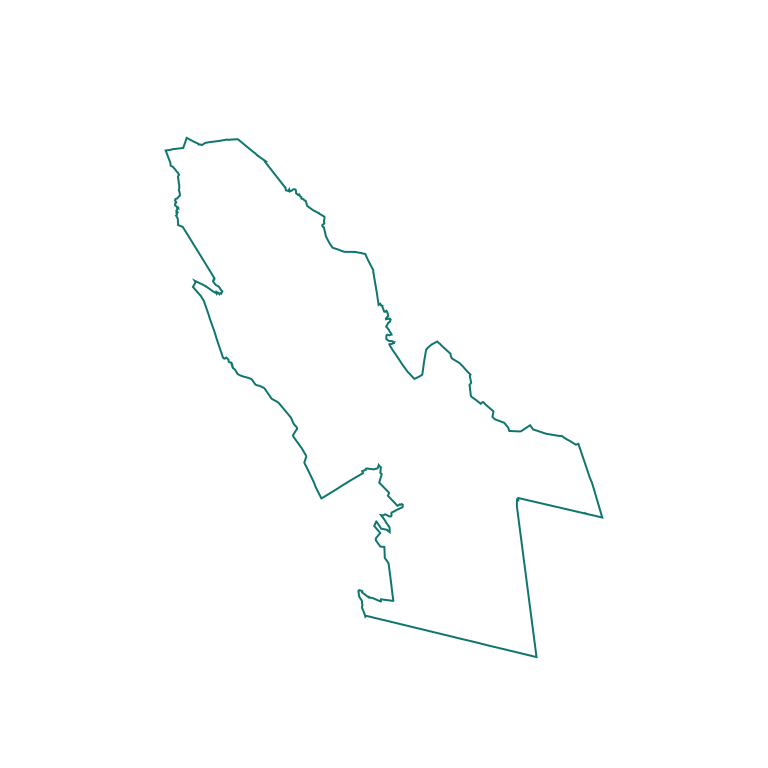 Sarkaņu pag., Madona, Latvia, rotated 59°
{"feature_id": "27541924B13907440389179", "entity_name": "Sarkaņu pag.", "entity_type": "district", "adm_level": 2, "iso_a3": "LVA", "parent_name": "Latvia", "parent_adm1": "Madona", "projection": "equal_earth", "projection_center": [26.346, 56.915], "detail": "fine", "context": "isolated", "style": "outline", "palette": "teal", "viewbox_px": 768, "rotation_deg": 59, "n_neighbors": 0, "source": "geoboundaries", "source_scale": "gbopen_adm2", "svg_char_len": 6074}
<svg xmlns="http://www.w3.org/2000/svg" viewBox="0 0 768 768"><g transform="rotate(59 384 384)"><path d="M696.6,393.9L557.3,333.1L551.6,329.6L552.8,328.8L550.9,327.6L599.6,277.3L599.4,277.3L600.7,276.3L603.5,273.2L610.9,265.7L582.1,258.2L580.1,257.7L575.7,256.6L570.0,255.8L566.6,255.0L535.4,248.2L534.9,250.8L528.8,253.9L524.5,256.4L524.0,256.7L523.8,256.6L523.0,257.2L520.0,258.4L519.5,259.7L510.2,270.6L499.7,279.6L494.6,280.0L495.1,291.0L494.5,292.2L488.8,300.8L485.5,300.0L479.2,300.9L471.4,307.1L468.1,308.0L463.9,304.3L454.3,307.4L450.7,308.2L450.3,309.1L450.7,311.3L445.5,313.2L440.2,315.5L438.7,315.6L434.9,313.8L433.3,313.2L430.7,311.9L429.0,311.3L427.8,308.6L421.4,306.4L420.9,305.9L420.5,305.0L416.5,306.1L409.1,307.4L405.0,308.5L396.9,312.7L394.0,312.2L392.2,311.4L389.1,312.4L380.2,315.0L379.2,315.2L378.7,315.2L377.8,315.7L375.0,316.5L374.7,321.9L374.7,323.2L375.4,327.5L376.1,329.9L377.9,331.6L385.9,338.5L390.6,342.2L395.7,346.4L395.8,348.9L395.5,353.3L395.3,355.3L385.4,357.5L377.6,358.2L365.1,358.7L359.6,359.1L353.8,359.2L352.7,358.9L353.5,357.2L354.0,354.6L353.3,354.6L353.2,353.7L351.2,355.3L350.3,356.9L349.4,357.7L346.9,358.8L345.3,358.1L343.6,356.8L343.4,355.8L345.1,354.2L345.1,353.3L345.5,352.1L343.9,351.9L342.0,352.1L340.4,351.9L337.7,352.2L335.9,352.6L333.6,348.5L333.8,347.7L333.7,347.1L332.2,345.1L330.9,345.3L330.8,346.1L330.1,347.1L329.6,348.9L329.0,348.8L328.7,348.2L328.4,347.5L327.9,345.2L324.0,344.2L322.5,344.2L322.5,345.0L322.7,345.9L321.9,346.6L321.0,346.3L316.5,345.5L316.1,345.1L315.4,345.9L313.3,345.9L313.5,347.9L301.2,342.8L290.6,338.7L289.4,338.1L288.3,337.9L284.3,336.1L284.2,336.2L282.4,335.5L281.4,334.9L281.1,334.6L268.6,333.8L262.9,333.1L260.7,335.5L260.2,335.7L258.0,338.5L256.4,340.1L254.3,343.3L250.6,349.4L249.9,350.3L247.7,352.1L245.5,353.7L240.8,357.8L239.6,358.0L234.5,358.2L227.5,357.7L226.3,357.4L224.1,356.5L218.7,354.9L217.8,355.5L216.1,355.2L215.8,353.8L215.6,352.5L213.3,351.5L211.6,349.9L209.9,348.9L204.8,351.7L203.8,351.8L203.6,352.2L198.3,355.4L192.1,358.0L191.8,358.1L186.5,356.8L185.7,357.7L184.1,357.8L182.5,359.3L181.3,358.6L179.9,359.2L177.7,359.1L177.8,360.3L175.1,361.1L174.7,360.7L172.2,359.7L171.2,360.1L170.6,361.1L170.4,361.6L170.7,363.6L170.4,365.6L168.4,365.0L169.3,366.6L167.4,368.3L164.9,367.4L164.9,367.5L132.5,371.5L132.6,370.5L126.4,373.3L122.7,374.7L122.8,374.8L120.5,375.4L117.0,376.8L98.9,383.2L94.1,392.4L93.6,392.7L90.8,400.0L86.4,410.0L85.3,413.0L85.4,417.1L83.8,418.3L83.4,419.5L82.0,419.6L81.5,420.1L78.5,422.1L71.4,426.4L74.4,429.8L76.8,432.8L78.3,434.5L73.6,444.9L73.7,445.3L73.4,446.2L71.4,450.9L83.8,453.1L85.6,453.7L86.9,454.4L87.7,454.1L88.9,453.2L90.0,452.9L90.7,452.9L92.9,452.4L95.1,452.3L96.2,451.9L99.1,451.9L100.0,453.6L100.6,454.1L101.1,454.3L102.1,454.5L102.6,454.9L104.1,455.4L105.5,456.2L107.4,456.8L108.5,457.3L109.9,458.2L110.4,458.4L112.3,460.1L114.1,460.3L117.3,461.8L117.9,464.3L118.4,465.7L118.1,467.4L118.4,468.1L119.1,468.6L120.9,468.4L121.5,468.7L121.3,469.5L123.1,471.1L125.1,470.4L126.8,469.5L127.5,469.8L126.6,470.6L126.7,470.8L127.5,471.0L128.0,471.3L128.6,472.8L130.5,472.6L130.3,473.7L131.7,473.9L132.6,474.8L132.5,475.5L136.0,475.6L141.8,478.6L145.7,475.6L182.3,475.1L206.0,474.9L206.3,475.1L206.1,475.2L206.1,475.4L206.3,475.4L206.3,475.2L206.5,475.3L206.8,475.6L206.6,475.7L206.7,475.8L206.6,476.0L206.9,476.3L207.6,477.4L208.0,477.6L208.5,477.7L210.2,477.4L210.8,477.5L212.7,477.1L214.4,475.9L215.6,475.5L217.8,475.2L219.0,475.4L221.3,474.8L222.4,476.6L222.7,476.9L221.7,477.5L222.3,478.8L220.2,479.2L220.5,480.6L219.5,480.0L218.5,480.3L219.3,481.3L217.1,482.6L210.9,485.3L208.6,486.5L208.5,486.4L204.4,488.8L202.6,490.1L198.0,493.1L199.8,493.1L202.4,497.8L214.0,495.7L215.4,495.6L218.3,495.7L220.3,495.5L221.2,495.9L233.8,498.5L238.9,499.8L251.1,502.2L255.4,503.2L257.8,503.9L277.4,508.2L279.0,508.4L279.3,508.0L279.8,507.9L279.8,507.6L280.2,507.4L280.3,507.0L280.1,505.6L280.8,505.3L283.2,504.8L284.6,505.5L285.5,505.5L286.1,504.9L287.1,503.8L288.5,504.0L288.3,504.3L289.2,504.5L289.3,504.7L289.6,504.7L290.4,504.8L291.1,504.6L291.3,504.7L291.2,505.1L292.0,505.3L292.7,505.2L295.0,504.3L300.0,504.4L302.5,502.9L305.3,500.6L308.3,497.7L311.4,495.1L311.7,495.0L318.2,494.5L319.4,493.8L321.7,491.4L325.6,488.9L326.2,488.7L338.8,487.9L344.3,484.7L345.9,484.0L364.9,481.1L371.8,482.0L375.1,481.3L376.1,481.1L376.7,481.2L377.4,481.5L377.9,481.9L377.9,482.3L380.6,487.5L381.2,488.5L381.8,488.7L382.8,488.8L396.5,487.6L405.5,487.7L406.0,487.9L406.6,488.4L408.2,490.4L409.9,492.3L410.3,492.7L410.7,492.8L411.6,493.0L417.9,493.4L432.7,494.8L436.7,495.6L449.8,496.6L449.9,496.2L449.7,476.4L449.5,473.2L449.5,468.9L449.4,461.4L449.6,447.9L447.5,447.6L447.8,446.7L448.0,444.4L448.2,443.9L447.5,443.5L447.3,443.1L447.4,442.5L451.9,436.7L452.9,433.2L452.6,432.2L450.8,430.3L452.4,430.2L453.7,429.5L458.2,432.9L460.1,432.4L466.1,438.9L479.6,435.7L479.9,435.7L480.3,436.1L481.8,438.2L495.3,435.2L495.4,433.6L495.2,432.7L496.0,432.1L495.9,430.9L497.0,430.1L498.9,431.2L499.1,431.7L498.5,438.1L498.5,438.8L498.3,440.9L498.4,441.3L498.3,441.7L498.3,442.7L498.1,443.0L498.2,443.7L498.6,444.3L500.4,445.1L500.8,445.5L501.1,446.1L500.9,446.7L500.2,447.6L499.2,448.3L497.4,449.3L496.6,449.9L496.3,450.3L496.2,450.8L496.3,451.7L496.2,452.4L494.9,454.1L502.1,453.4L503.2,453.6L509.6,453.1L510.8,453.6L513.9,455.4L511.5,456.4L510.7,456.4L506.4,461.0L505.9,460.9L505.0,460.9L499.2,461.3L497.9,461.5L498.0,461.7L500.6,465.5L509.8,464.0L512.0,470.3L512.9,471.1L514.0,471.5L521.2,470.9L521.5,470.8L523.9,467.6L533.5,472.9L538.8,472.5L539.8,472.5L540.4,472.6L558.3,480.4L570.7,486.0L571.6,486.3L574.6,487.6L574.6,487.9L567.0,497.5L568.8,498.7L568.8,498.8L561.6,504.0L559.4,506.6L558.9,506.6L559.1,507.0L551.4,510.1L550.3,509.3L548.1,511.2L548.5,512.1L548.1,512.3L548.2,512.5L551.5,514.0L553.9,514.8L557.3,514.6L558.9,514.7L560.4,515.7L562.0,516.1L564.2,518.0L572.0,519.3L573.8,519.8L573.7,519.5L573.7,518.9L573.9,518.4L574.2,518.0L642.0,449.3L656.2,434.8L656.5,434.6L663.6,427.5L678.1,412.7L693.5,397.1L696.6,393.9Z" fill="none" stroke="#0f766e" stroke-width="2"/></g></svg>